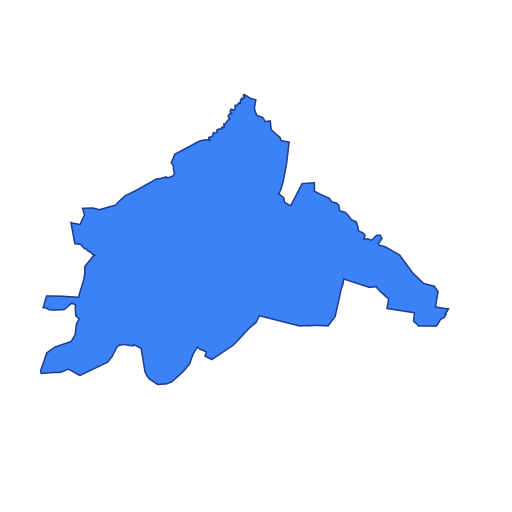 the district of Dawakin Tofa, Kano, Nigeria, rotated 191°
{"feature_id": "59680162B97642938083661", "entity_name": "Dawakin Tofa", "entity_type": "district", "adm_level": 2, "iso_a3": "NGA", "parent_name": "Nigeria", "parent_adm1": "Kano", "projection": "orthographic", "projection_center": [8.393, 12.142], "detail": "fine", "context": "isolated", "style": "filled", "palette": "blue", "viewbox_px": 512, "rotation_deg": 191, "n_neighbors": 0, "source": "geoboundaries", "source_scale": "gbopen_adm2", "svg_char_len": 3663}
<svg xmlns="http://www.w3.org/2000/svg" viewBox="0 0 512 512"><g transform="rotate(191 256 256)"><path d="M285.9,409.2L291.5,409.8L298.5,412.3L299.1,411.5L298.9,410.9L298.7,410.4L297.7,410.5L297.4,409.8L297.7,409.0L298.3,408.4L299.5,408.4L298.8,407.6L299.0,407.3L300.6,407.1L300.9,406.6L300.8,404.8L300.5,402.7L301.1,402.7L302.1,403.1L302.3,402.4L303.3,400.3L304.2,399.8L305.1,400.1L305.3,399.4L305.1,398.4L304.7,397.1L304.4,395.8L304.7,395.5L305.3,395.4L306.1,394.8L306.8,395.2L308.0,395.4L308.5,395.4L308.8,393.8L309.0,392.6L308.1,392.0L307.2,391.7L307.0,391.2L308.5,390.6L309.0,390.4L309.4,389.9L309.9,389.3L310.0,388.9L309.8,387.4L309.1,386.9L308.7,386.6L308.4,386.0L308.0,385.3L308.8,384.9L309.2,384.5L309.8,383.4L310.5,382.1L310.8,381.1L310.9,380.0L311.5,379.6L312.2,379.5L312.6,379.6L312.9,379.3L311.7,376.5L311.9,376.0L312.5,376.0L313.3,376.2L313.8,376.3L314.0,376.0L314.1,375.3L313.8,374.3L314.1,374.1L315.2,373.9L316.1,373.9L317.8,372.7L318.4,372.2L318.5,371.6L317.7,371.2L317.8,370.6L318.6,369.4L319.6,368.9L320.5,368.9L321.3,369.0L321.4,367.0L321.9,365.3L322.8,364.2L323.8,364.2L324.2,363.4L325.0,363.2L324.6,362.1L323.7,361.5L323.5,360.7L325.2,360.8L327.6,360.5L332.8,358.4L336.1,356.0L340.0,352.7L355.1,340.5L357.0,331.3L354.3,329.0L353.5,324.9L351.7,321.5L352.6,319.0L355.6,316.8L358.7,315.6L359.1,316.6L365.0,313.6L366.5,313.2L368.0,312.9L370.1,311.2L382.5,300.7L387.2,296.7L395.8,290.3L399.0,286.0L401.8,282.1L403.3,279.3L406.7,277.6L408.0,277.0L418.5,271.6L425.4,272.0L435.3,269.7L433.1,265.3L432.1,263.3L432.7,261.4L433.4,259.3L434.7,253.3L442.7,253.3L444.0,253.5L441.0,245.8L436.1,233.4L430.3,234.0L429.1,232.9L425.4,230.4L423.4,230.3L422.2,229.0L418.1,227.7L416.7,226.4L414.5,226.0L415.6,225.2L422.0,213.1L421.2,208.1L420.9,206.8L420.8,206.7L420.6,206.4L420.5,205.6L420.7,205.4L420.6,199.2L422.5,181.6L439.5,179.4L454.0,176.8L455.1,164.7L452.7,165.0L448.5,163.8L444.1,164.3L434.1,166.8L427.9,174.4L424.0,173.8L423.4,170.1L421.5,163.0L417.5,160.4L419.3,155.2L418.5,144.3L421.1,136.9L435.8,128.4L442.9,121.0L444.5,109.5L445.6,102.1L444.5,99.7L433.1,102.9L430.1,103.5L428.0,103.9L426.8,104.4L425.2,104.8L418.6,109.2L406.2,105.1L381.4,123.5L378.2,129.6L376.6,135.1L375.6,138.9L374.0,141.9L368.4,144.0L359.6,144.2L359.4,145.8L351.1,143.3L342.9,121.2L339.9,117.3L337.6,115.1L328.0,111.1L319.4,113.4L314.7,116.4L307.4,126.0L304.8,129.5L300.5,137.8L300.2,140.2L299.1,147.4L297.6,151.6L296.3,155.4L293.1,153.7L290.5,153.2L286.6,152.6L286.5,151.2L287.0,148.0L279.6,145.9L261.2,164.3L253.2,176.9L248.9,183.8L243.2,190.8L241.4,198.0L199.7,195.6L194.5,197.0L191.1,197.5L184.3,199.3L172.0,201.1L166.8,211.6L166.2,232.2L166.1,240.0L165.2,245.5L165.5,250.2L138.7,246.8L132.5,248.7L126.9,244.6L117.6,239.1L117.4,229.5L113.8,229.6L89.6,230.5L88.8,221.9L88.3,221.6L84.5,219.5L84.1,219.1L83.3,218.3L83.2,218.3L65.4,221.7L62.8,228.8L59.3,231.8L58.3,234.8L59.3,235.1L58.9,236.0L58.0,237.9L56.9,240.8L62.9,240.4L65.4,240.3L70.1,240.4L70.5,255.8L71.0,256.3L75.4,260.4L86.4,261.1L99.2,269.5L115.1,284.3L131.0,289.8L137.1,290.0L138.4,291.3L135.6,297.1L138.1,300.2L139.5,299.9L141.8,299.1L143.7,296.2L145.6,293.4L149.4,294.3L153.2,293.1L152.9,297.3L155.9,299.3L160.0,300.0L162.0,305.1L164.3,308.7L169.4,309.9L173.0,313.3L176.9,316.0L182.2,316.2L184.6,321.8L187.4,323.5L191.7,323.4L195.2,326.7L199.3,327.5L205.3,329.1L211.0,330.8L212.7,339.0L224.6,335.8L231.5,311.9L234.4,312.8L238.2,314.2L239.6,318.2L245.4,321.4L244.2,326.2L243.7,332.5L243.5,334.6L243.6,352.5L245.2,374.1L253.5,374.1L254.9,376.9L260.3,379.9L265.2,383.0L267.8,391.4L272.5,389.7L275.9,393.3L282.1,394.2L284.5,398.1L285.8,400.7L285.9,409.2Z" fill="#3b82f6" stroke="#1e3a8a" stroke-width="1.5"/></g></svg>